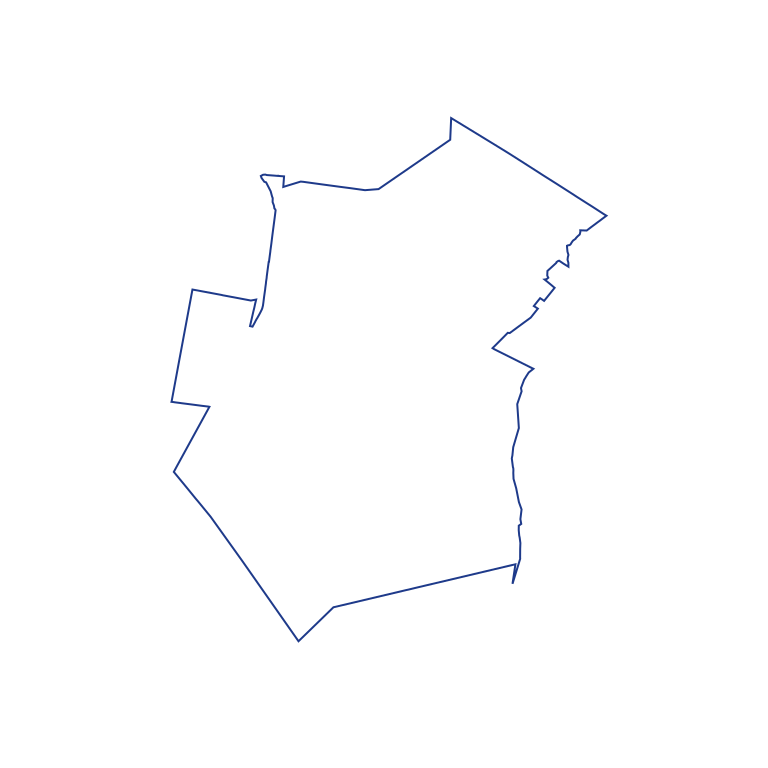 Bustamante, Nuevo León, Mexico, rotated 213°
{"feature_id": "50627088B226456394087", "entity_name": "Bustamante", "entity_type": "district", "adm_level": 2, "iso_a3": "MEX", "parent_name": "Mexico", "parent_adm1": "Nuevo León", "projection": "mercator", "projection_center": [-100.55, 26.571], "detail": "fine", "context": "isolated", "style": "outline", "palette": "blue", "viewbox_px": 768, "rotation_deg": 213, "n_neighbors": 0, "source": "geoboundaries", "source_scale": "gbopen_adm2", "svg_char_len": 2878}
<svg xmlns="http://www.w3.org/2000/svg" viewBox="0 0 768 768"><g transform="rotate(213 384 384)"><path d="M167.4,286.4L174.6,311.6L175.2,312.4L180.0,319.9L183.0,324.9L186.5,329.0L188.1,330.6L191.4,334.8L193.8,338.6L192.7,341.4L196.0,344.9L200.3,353.7L206.6,358.5L216.3,368.5L223.7,375.0L227.1,379.8L228.6,382.3L229.8,383.9L230.0,384.0L230.6,384.5L236.3,391.2L237.4,394.0L241.2,401.4L246.9,420.5L261.3,439.7L264.6,452.8L266.9,455.2L268.8,463.9L268.8,465.2L268.8,465.6L268.9,468.2L268.9,472.5L267.0,478.1L306.2,473.7L310.8,473.2L312.5,473.2L310.7,481.6L309.5,487.3L308.1,494.2L308.1,494.3L306.3,495.2L300.3,511.2L297.1,519.6L296.5,525.8L296.0,531.0L296.4,531.0L300.8,531.0L300.2,537.3L299.8,541.0L299.0,541.0L297.3,541.0L295.0,540.9L294.0,550.6L293.3,557.6L295.8,557.9L297.2,558.1L306.2,559.1L305.4,559.8L304.6,560.9L304.1,562.6L306.1,563.8L308.5,567.8L305.5,579.3L305.7,580.2L305.0,581.9L304.3,582.8L299.1,582.7L293.2,582.8L295.4,586.1L297.7,588.1L298.9,590.5L299.6,592.7L302.2,594.9L305.2,598.7L305.8,599.6L305.2,600.5L304.7,600.9L304.5,601.2L304.0,601.6L303.8,602.1L303.6,602.9L303.7,604.8L303.6,606.9L303.5,607.5L303.0,608.6L302.4,610.3L302.5,611.4L302.2,612.1L302.2,612.8L301.3,616.0L302.2,618.6L303.1,619.8L297.6,623.1L295.6,628.7L289.1,646.3L292.1,646.2L297.3,646.2L305.5,646.2L313.2,646.1L324.1,646.0L332.8,646.0L348.3,645.9L363.9,645.7L382.7,645.6L382.9,645.6L404.8,645.4L425.6,644.9L472.5,643.6L461.5,624.9L494.7,544.5L505.5,536.2L518.5,530.1L528.1,525.5L533.6,522.9L545.0,517.5L555.2,512.7L561.8,509.6L563.9,508.5L564.1,508.4L570.4,500.9L574.0,496.6L575.8,494.4L580.9,503.7L585.1,501.4L585.4,501.3L585.3,501.2L585.4,501.3L585.6,501.2L585.8,501.0L590.1,498.7L596.1,495.4L597.6,495.0L599.4,493.6L600.6,491.4L598.9,490.1L594.5,488.4L592.7,488.9L584.0,483.9L580.0,480.3L578.6,479.3L576.5,475.9L573.5,473.7L572.4,472.5L571.5,471.5L570.2,471.2L569.5,470.6L566.1,463.6L558.7,448.1L554.8,440.1L552.2,434.6L552.1,434.3L551.9,434.0L551.3,432.8L549.4,428.8L547.0,423.8L547.2,423.6L544.1,417.0L540.9,410.3L540.4,409.4L539.9,408.4L539.7,407.9L538.6,405.5L537.8,404.0L536.2,400.6L535.1,398.4L533.9,395.8L531.9,391.5L530.0,387.6L529.8,387.2L528.2,383.8L527.3,381.1L527.0,379.6L526.9,378.6L526.7,377.0L526.5,374.8L526.2,370.2L526.2,368.9L526.0,366.3L525.9,365.9L525.5,360.5L527.9,359.6L530.9,367.8L532.3,371.6L533.1,373.8L534.2,377.0L535.0,379.1L535.8,381.2L537.2,385.2L541.1,381.5L558.4,374.4L558.6,374.3L558.8,374.2L559.1,374.1L566.6,371.0L567.0,370.8L569.0,370.1L569.5,369.9L596.1,358.9L567.9,290.6L552.7,253.9L552.5,253.3L552.1,253.5L550.2,254.4L549.8,254.6L549.7,254.6L544.1,257.3L543.4,257.6L540.3,259.1L534.3,262.0L524.9,266.5L518.6,269.6L518.0,269.8L512.9,201.9L512.4,195.8L492.8,189.6L479.5,185.3L476.1,184.3L457.0,178.2L406.5,158.4L315.6,121.7L304.8,169.2L253.1,223.3L251.5,224.9L246.6,230.1L175.6,304.4L167.4,286.4Z" fill="none" stroke="#1e3a8a" stroke-width="2"/></g></svg>